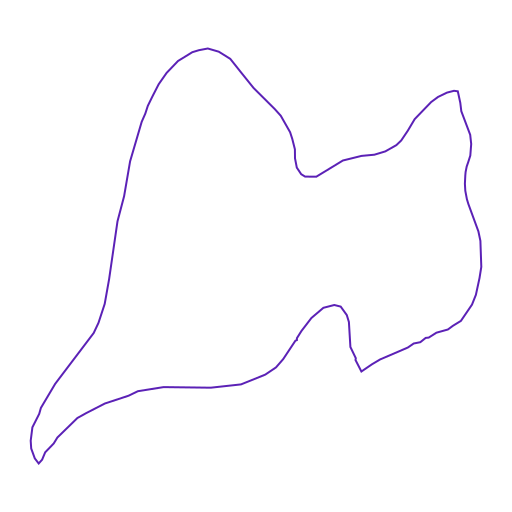 outline of Chiché, Quiché, Guatemala
{"feature_id": "79465075B58448783087993", "entity_name": "Chiché", "entity_type": "district", "adm_level": 2, "iso_a3": "GTM", "parent_name": "Guatemala", "parent_adm1": "Quiché", "projection": "equal_earth", "projection_center": [-91.034, 15.008], "detail": "fine", "context": "isolated", "style": "outline", "palette": "violet", "viewbox_px": 512, "rotation_deg": 0, "n_neighbors": 0, "source": "geoboundaries", "source_scale": "gbopen_adm2", "svg_char_len": 1487}
<svg xmlns="http://www.w3.org/2000/svg" viewBox="0 0 512 512"><path d="M457.8,91.3L454.0,90.8L447.0,92.6L438.1,96.9L431.2,102.0L414.7,119.1L407.8,130.7L401.2,140.5L396.4,145.1L385.3,151.4L374.4,154.7L361.5,155.9L350.6,158.6L342.9,160.5L316.3,176.7L305.1,176.6L301.2,174.2L296.8,167.6L295.0,158.3L294.9,149.3L292.3,139.0L290.1,132.2L280.8,115.8L274.8,109.1L253.5,87.9L240.4,71.6L230.3,58.9L218.8,51.7L207.8,48.5L198.9,50.2L192.3,52.2L178.0,61.0L166.6,72.9L158.7,84.2L152.4,96.5L147.8,105.9L145.3,113.6L141.7,121.8L130.1,161.3L124.1,196.2L117.5,221.3L109.1,279.2L104.7,303.9L98.5,322.8L93.7,333.0L55.2,383.8L40.9,407.9L39.2,413.9L32.4,427.3L30.7,440.7L31.2,448.5L34.8,458.4L38.7,463.5L42.1,459.7L45.2,452.3L53.7,443.5L57.4,437.5L77.4,418.0L86.4,413.0L104.9,403.5L128.6,395.7L137.9,391.2L163.6,387.1L195.5,387.5L210.7,387.7L241.0,384.4L265.3,374.6L276.0,367.4L283.2,359.1L295.4,340.7L296.9,340.1L296.9,338.2L301.5,330.9L311.4,318.0L323.4,307.8L334.3,305.0L340.7,306.6L346.8,315.1L348.9,322.0L350.4,347.0L355.8,358.2L355.5,360.0L361.4,371.5L372.1,364.2L380.2,359.4L407.9,347.5L413.7,343.5L420.3,342.2L425.7,337.9L428.7,337.6L436.4,332.7L447.9,329.5L452.9,325.8L460.9,320.9L468.2,310.2L472.0,304.6L475.9,294.8L479.5,278.1L481.3,266.9L480.4,240.9L478.4,231.4L469.5,207.1L468.4,204.1L466.9,199.2L465.3,190.8L464.9,183.7L465.3,175.4L465.6,172.0L466.7,166.5L468.1,162.5L470.3,155.6L471.2,144.0L470.2,134.8L461.3,111.2L460.3,102.9L457.8,91.3Z" fill="none" stroke="#5b21b6" stroke-width="2"/></svg>